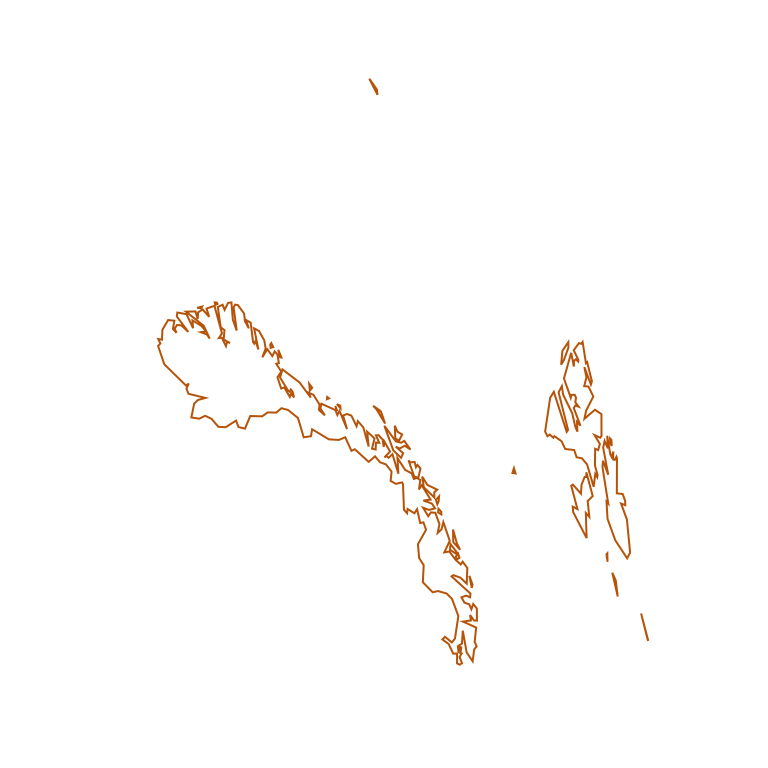 outline of Norway, rotated 79°
{"feature_id": "NOR", "entity_name": "Norway", "entity_type": "country or territory", "adm_level": 0, "iso_a3": "NOR", "parent_name": "Europe", "parent_adm1": "", "projection": "natural_earth1", "projection_center": [16.239, 69.249], "detail": "fine", "context": "isolated", "style": "outline", "palette": "amber", "viewbox_px": 768, "rotation_deg": 79, "n_neighbors": 0, "source": "natural_earth", "source_scale": "50m", "svg_char_len": 6180}
<svg xmlns="http://www.w3.org/2000/svg" viewBox="0 0 768 768"><g transform="rotate(79 384 384)"><path d="M527.4,375.0L513.2,375.4L516.7,378.8L511.2,384.7L515.3,386.0L511.3,388.4L486.1,384.5L484.0,385.0L484.3,391.4L480.4,396.0L471.4,393.3L463.3,397.4L460.1,402.8L453.3,406.6L457.5,413.9L442.5,425.1L443.4,428.7L428.9,432.2L430.3,438.9L427.8,448.7L414.7,463.2L421.3,465.6L421.0,473.0L401.0,474.9L391.2,483.1L388.2,489.3L391.5,495.2L389.7,503.6L392.5,509.8L389.9,521.4L401.3,529.0L398.4,535.1L391.7,536.2L396.2,547.7L394.4,554.8L385.3,559.9L381.1,565.6L382.8,571.9L380.1,579.5L367.1,574.1L364.2,569.8L363.6,562.0L356.3,577.8L350.8,578.8L346.3,575.6L347.8,578.6L322.7,595.9L303.5,598.5L301.6,595.8L296.8,597.0L298.1,593.5L288.4,591.1L280.0,583.7L281.9,577.7L289.7,580.7L294.2,577.9L289.8,579.0L286.6,575.9L287.8,571.7L295.5,566.2L278.1,574.5L274.4,573.2L277.8,564.5L292.8,560.8L285.0,559.9L292.1,552.2L298.4,548.6L298.2,553.9L301.6,548.4L306.2,546.4L292.4,549.9L275.2,564.6L276.8,555.2L284.6,554.5L278.2,552.8L276.2,547.8L284.7,542.8L276.1,543.8L274.9,535.5L303.4,533.4L307.4,537.3L307.6,534.4L316.7,531.9L312.7,530.1L314.4,527.3L309.8,532.9L300.7,530.3L297.1,533.5L276.7,532.4L275.4,527.3L280.8,526.3L274.6,521.6L274.8,518.2L292.0,520.1L303.5,518.4L280.3,517.0L277.7,515.1L278.6,512.4L288.1,507.9L295.8,508.5L303.6,506.1L294.7,507.3L298.4,503.2L317.6,504.5L319.6,503.7L317.3,501.9L326.2,500.7L304.6,500.9L308.1,496.6L318.3,493.2L326.6,493.4L334.6,498.4L327.6,491.9L335.3,488.3L331.1,485.1L334.6,483.0L343.4,483.2L343.6,485.9L352.2,482.5L357.1,487.3L368.8,485.8L368.4,482.5L378.7,478.9L375.7,477.0L380.1,474.9L374.1,475.2L371.6,476.5L373.6,478.1L371.8,479.6L357.8,484.8L350.3,480.9L366.5,466.5L383.4,458.5L378.1,459.7L381.2,455.3L391.8,451.2L397.1,452.8L403.5,448.0L395.8,451.1L391.4,449.2L400.3,436.7L405.6,435.7L401.9,432.8L421.2,428.9L407.1,430.2L406.4,426.2L408.7,422.1L420.2,419.0L415.5,416.8L422.5,412.6L442.5,411.0L427.6,409.6L435.6,403.7L445.2,408.1L446.7,404.7L440.0,403.1L440.8,399.9L432.9,401.7L433.2,399.1L438.3,395.9L445.7,396.3L440.7,394.6L451.5,390.9L456.1,397.6L455.3,395.3L457.3,393.5L454.5,389.1L474.8,387.0L459.2,384.9L472.3,379.7L477.0,373.9L482.9,372.8L482.5,369.5L485.2,366.7L494.2,369.8L490.5,366.3L506.4,360.3L505.9,367.6L510.4,359.9L515.8,357.6L516.2,363.9L512.9,369.2L522.2,365.8L519.0,362.5L520.2,358.2L532.2,356.3L540.4,359.7L537.7,355.3L530.9,352.1L550.5,349.4L560.8,356.9L560.9,351.8L570.4,347.2L575.8,343.1L573.4,340.7L580.5,337.3L595.8,340.9L588.6,346.0L584.9,352.4L585.7,354.4L606.3,339.1L609.8,340.2L607.4,343.7L608.2,348.7L614.0,346.7L616.6,342.3L621.8,341.2L617.0,338.4L622.1,335.7L634.0,337.9L633.3,340.8L627.2,343.6L632.7,343.8L632.3,351.8L640.7,340.0L654.4,344.2L659.2,343.1L661.7,346.1L673.1,349.9L663.2,354.1L641.2,353.7L653.7,357.0L655.5,361.5L661.4,362.0L663.3,359.2L666.4,361.9L672.9,360.7L674.0,363.2L672.2,365.6L662.6,363.7L661.9,367.5L651.7,370.1L645.9,375.4L643.8,372.4L650.6,366.7L647.4,362.9L626.0,355.3L608.0,358.2L601.6,362.5L597.6,370.4L597.7,376.0L586.0,383.7L569.4,379.6L561.6,382.7L547.8,381.3L535.1,370.5L527.3,371.7L527.4,375.0ZM455.1,176.3L476.4,180.4L478.0,181.9L474.3,187.1L484.0,183.5L489.7,186.4L487.9,189.1L504.4,192.5L514.1,191.7L516.2,192.5L512.7,193.8L524.9,197.8L501.7,200.0L494.7,203.9L492.7,208.9L485.1,209.9L482.4,218.5L474.1,220.6L467.7,226.7L469.0,228.1L465.3,230.9L466.5,233.5L461.4,234.9L429.2,223.5L424.1,218.8L465.9,213.8L464.3,212.1L425.5,214.2L420.0,209.8L428.6,210.2L448.8,204.8L462.4,204.4L467.7,203.2L457.9,201.8L462.4,199.1L443.8,202.3L441.6,200.3L443.4,197.3L438.4,199.7L434.0,198.1L431.0,198.9L430.4,202.0L433.2,203.3L412.9,206.3L389.1,194.3L403.1,194.3L397.5,193.1L396.4,191.0L399.0,189.1L397.6,188.6L387.1,191.3L381.1,184.9L382.2,182.9L380.6,181.0L402.1,181.8L401.2,180.4L421.0,179.4L424.0,181.0L405.6,184.1L416.0,184.0L424.3,187.9L425.5,183.8L436.2,180.9L448.6,190.6L456.4,193.9L449.5,181.8L455.1,176.3ZM501.4,169.5L535.8,176.3L537.5,170.7L544.8,169.6L549.0,170.3L546.6,174.1L563.5,171.4L596.5,174.6L601.5,178.6L581.5,186.8L559.0,190.3L542.0,188.0L544.2,186.7L507.3,185.4L501.1,183.7L515.9,181.2L488.3,181.0L482.0,178.3L489.9,176.5L477.4,174.8L496.4,175.3L499.0,174.5L494.1,171.8L501.8,173.5L502.5,171.9L499.8,169.7L501.4,169.5ZM509.3,202.2L533.9,200.5L537.7,206.4L553.6,207.8L549.2,210.5L573.9,214.5L545.6,222.8L540.4,222.1L543.7,218.0L519.6,219.6L518.8,217.8L529.2,211.6L520.6,209.3L513.5,204.8L513.9,203.2L509.3,202.2ZM447.8,384.4L455.6,378.4L459.7,381.3L451.0,387.5L425.1,391.6L442.6,383.3L444.9,378.3L443.7,375.0L453.4,370.5L448.6,375.4L450.3,381.0L447.8,384.4ZM473.9,364.3L482.5,368.2L480.7,372.0L463.6,374.5L466.0,373.2L466.4,368.8L471.8,368.5L469.8,366.6L473.9,364.3ZM499.8,355.3L505.1,356.2L493.0,364.6L482.2,364.2L491.3,360.7L497.9,351.9L499.8,355.3ZM383.5,196.0L394.9,202.9L398.8,206.4L385.4,202.5L378.1,195.1L383.5,196.0ZM437.0,375.8L442.4,380.0L439.7,383.3L427.0,381.4L433.4,379.9L437.0,375.8ZM561.2,340.9L552.5,346.2L540.0,344.0L554.3,342.9L561.2,340.9ZM564.1,346.0L559.2,350.9L553.9,349.2L563.0,344.7L564.1,346.0ZM410.6,392.2L423.0,390.5L409.5,395.4L410.6,392.2ZM98.8,335.2L81.5,340.2L93.6,334.8L98.8,335.2ZM685.6,173.9L658.3,175.4L686.5,173.6L685.6,173.9ZM621.0,194.0L637.2,195.1L612.8,195.9L621.0,194.0ZM588.6,336.8L597.8,335.4L600.8,336.7L588.6,336.8ZM570.0,345.7L567.2,346.4L564.7,343.6L569.0,343.1L570.0,345.7ZM523.0,352.6L520.4,355.4L516.9,354.3L520.5,352.1L523.0,352.6ZM496.9,271.9L495.8,274.9L491.4,272.5L496.9,271.9ZM601.2,198.5L593.7,198.1L592.9,197.1L601.2,198.5ZM374.0,455.2L376.3,458.0L369.5,457.4L374.0,455.2ZM504.8,351.4L509.5,352.7L512.2,354.6L507.6,355.1L504.8,351.4ZM488.3,172.3L485.4,173.2L480.6,172.5L482.3,171.4L488.3,172.3ZM338.0,480.9L330.2,481.3L338.4,479.6L338.0,480.9ZM326.9,488.4L323.5,488.1L322.3,486.8L326.6,485.7L326.9,488.4ZM407.5,396.2L403.3,398.8L407.9,394.4L407.5,396.2ZM274.7,549.0L273.6,552.9L273.3,547.8L274.7,549.0ZM399.4,431.3L394.8,434.1L396.9,431.1L399.4,431.3ZM660.7,359.6L656.5,361.0L656.1,360.5L657.3,358.4L660.7,359.6ZM400.8,435.5L396.3,436.0L401.7,435.0L400.8,435.5ZM387.6,440.7L388.0,442.9L385.9,442.2L387.6,440.7ZM274.2,534.5L271.6,534.6L272.2,532.6L273.6,532.2L274.2,534.5Z" fill="none" stroke="#b45309" stroke-width="2"/></g></svg>